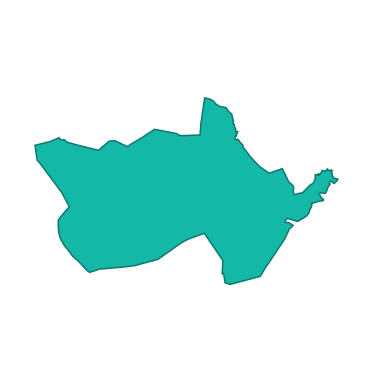 Rabah, Sokoto, Nigeria (orthographic projection), rotated 157°
{"feature_id": "59680162B28016750993437", "entity_name": "Rabah", "entity_type": "district", "adm_level": 2, "iso_a3": "NGA", "parent_name": "Nigeria", "parent_adm1": "Sokoto", "projection": "orthographic", "projection_center": [5.659, 13.003], "detail": "fine", "context": "isolated", "style": "filled", "palette": "teal", "viewbox_px": 384, "rotation_deg": 157, "n_neighbors": 0, "source": "geoboundaries", "source_scale": "gbopen_adm2", "svg_char_len": 2801}
<svg xmlns="http://www.w3.org/2000/svg" viewBox="0 0 384 384"><g transform="rotate(157 192 192)"><path d="M322.1,281.8L320.6,277.2L312.1,242.4L310.7,226.3L316.9,223.4L322.4,220.6L326.0,218.5L327.9,214.3L330.6,206.7L330.7,204.9L330.7,204.5L330.9,203.8L331.3,202.1L331.2,201.3L331.2,200.9L331.3,199.0L331.2,198.7L331.2,197.8L331.0,197.3L330.7,196.8L330.6,196.0L330.7,195.5L330.8,194.9L330.7,193.8L330.3,192.9L330.3,191.7L329.9,190.7L329.7,189.5L329.2,188.5L328.8,187.5L328.5,186.4L328.3,185.6L328.3,185.0L327.8,183.4L327.6,182.1L327.4,181.2L327.1,180.2L326.4,178.3L324.2,173.9L322.2,168.9L320.9,164.9L319.1,160.4L317.6,158.0L307.2,157.1L284.4,149.7L273.5,146.6L269.0,146.0L249.7,143.3L230.8,147.4L222.2,149.3L214.4,150.1L196.8,149.2L190.4,117.0L196.2,104.8L194.8,104.7L197.0,95.4L192.9,92.0L162.0,87.7L153.4,94.1L148.9,96.8L132.4,107.7L124.9,112.6L117.1,119.7L111.9,121.7L114.9,126.2L116.4,126.7L117.3,126.9L117.8,127.5L118.4,128.0L114.8,130.7L106.3,123.6L99.2,124.5L95.4,125.3L92.4,127.2L89.9,130.1L88.3,131.2L86.1,134.1L86.3,134.6L80.8,134.2L74.6,132.8L73.9,133.5L74.2,134.3L74.9,134.6L74.9,136.0L75.4,137.9L75.5,140.6L74.0,141.1L69.7,138.6L68.6,139.4L64.8,143.4L61.7,145.3L61.8,147.5L59.9,148.0L58.9,146.0L58.6,145.2L57.8,144.3L55.8,145.0L54.7,145.4L52.7,146.7L53.4,147.5L53.9,147.9L55.5,148.9L55.9,149.1L56.0,149.8L56.1,150.5L56.5,151.5L56.4,152.4L56.0,153.3L56.1,153.8L55.6,154.7L56.1,156.4L54.6,156.9L55.1,157.6L55.9,158.0L57.1,158.1L58.3,158.9L58.2,160.2L58.6,160.4L60.6,159.2L61.0,159.3L62.3,159.8L63.7,160.9L64.3,160.6L65.0,159.8L66.3,158.8L67.0,158.9L68.1,157.9L68.6,158.2L68.7,159.4L69.4,159.2L69.4,158.7L69.8,158.3L70.7,159.1L71.7,159.9L72.1,159.1L73.7,155.6L76.7,152.8L81.7,151.9L90.5,148.1L95.1,149.1L98.0,149.5L99.4,149.9L98.0,154.2L96.6,156.2L96.5,158.1L97.8,161.4L99.0,163.4L99.7,178.2L113.8,179.2L119.8,189.0L121.5,193.4L124.3,201.0L127.1,212.1L127.6,212.9L127.2,214.0L126.8,215.4L127.2,216.5L127.9,217.3L127.9,218.4L128.5,219.3L128.4,220.3L128.9,221.6L128.9,222.5L130.2,222.6L131.8,223.4L131.1,224.5L130.8,225.8L129.3,226.1L129.1,227.3L127.6,227.9L128.0,229.2L126.6,229.7L128.0,230.4L127.6,231.8L127.1,233.3L127.4,235.3L126.7,237.5L127.4,240.2L126.1,240.8L126.0,242.0L125.6,245.0L125.0,248.1L127.0,252.4L127.7,256.4L133.2,260.1L135.7,263.8L136.7,267.2L138.8,270.1L143.5,273.7L157.6,250.7L158.9,248.0L160.2,245.5L161.3,243.7L162.1,241.3L178.2,247.4L180.9,248.6L183.8,252.1L201.9,264.3L212.9,262.4L216.8,261.6L230.3,259.8L232.7,259.2L233.6,259.0L241.3,267.4L242.8,269.3L247.5,271.0L249.2,271.1L250.5,270.6L252.6,269.8L254.7,269.1L256.2,268.8L259.2,267.8L261.7,266.9L263.6,268.3L273.0,275.4L280.0,280.6L284.8,284.5L287.5,286.6L288.7,289.5L289.7,290.1L292.0,291.4L293.0,292.3L293.1,293.9L302.9,293.9L318.3,296.3L322.1,281.8Z" fill="#14b8a6" stroke="#0f766e" stroke-width="1.5"/></g></svg>